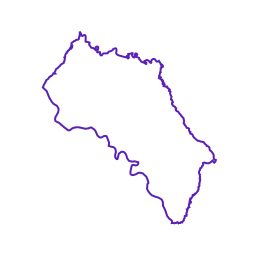 Belalcázar, Caldas, Colombia (Mercator projection), rotated 108°
{"feature_id": "7082276B3626983095163", "entity_name": "Belalcázar", "entity_type": "district", "adm_level": 2, "iso_a3": "COL", "parent_name": "Colombia", "parent_adm1": "Caldas", "projection": "mercator", "projection_center": [-75.815, 4.994], "detail": "fine", "context": "isolated", "style": "outline", "palette": "violet", "viewbox_px": 256, "rotation_deg": 108, "n_neighbors": 0, "source": "geoboundaries", "source_scale": "gbopen_adm2", "svg_char_len": 5730}
<svg xmlns="http://www.w3.org/2000/svg" viewBox="0 0 256 256"><g transform="rotate(108 128 128)"><path d="M166.4,42.1L165.4,42.2L164.7,41.9L164.1,42.0L163.3,42.6L162.6,42.7L162.2,42.4L161.7,42.7L161.2,42.2L160.2,42.4L159.5,42.9L158.9,42.8L158.4,43.2L157.0,43.0L156.3,43.3L154.7,43.3L154.4,43.5L154.4,43.9L153.8,44.3L152.6,44.2L150.9,45.1L150.1,45.1L149.4,46.3L147.4,47.0L145.6,46.6L144.0,46.9L143.3,46.0L142.6,45.8L141.4,45.9L140.8,45.4L140.0,45.1L139.4,45.2L138.2,45.9L137.3,44.7L137.2,42.4L136.7,40.5L135.3,39.0L132.9,37.5L134.3,35.6L134.3,35.2L133.1,34.6L131.3,34.5L131.2,36.1L130.9,36.7L129.4,37.5L127.4,38.0L126.3,39.0L124.6,41.3L124.2,42.0L124.1,42.8L123.5,43.6L121.8,44.3L121.1,45.1L120.7,45.9L120.8,47.6L119.9,48.2L119.6,49.4L119.0,50.2L119.0,50.6L118.2,51.4L118.0,51.9L118.4,54.5L118.3,56.9L118.6,57.4L118.4,58.4L116.5,62.6L115.7,63.6L114.1,64.9L114.1,67.0L113.3,67.6L112.6,67.4L112.4,68.5L112.0,68.6L111.2,69.3L109.8,69.7L109.5,70.6L109.7,72.2L108.5,73.3L107.6,75.0L106.8,75.4L106.6,76.1L106.3,76.5L104.2,76.7L101.3,78.4L100.9,79.6L100.2,80.4L99.9,81.4L99.0,82.1L98.5,83.4L97.2,84.9L96.9,85.6L96.9,87.0L96.6,87.5L95.5,88.4L94.8,88.1L94.4,88.2L94.2,89.0L93.4,89.6L93.0,91.8L91.7,93.5L90.3,93.9L90.0,93.8L89.7,93.3L87.9,94.6L87.8,95.7L87.4,96.0L84.7,96.3L83.5,97.7L82.0,98.7L81.3,98.8L80.6,98.7L80.0,100.6L79.7,100.6L79.1,99.9L78.7,100.0L78.0,101.4L77.8,102.5L77.1,103.1L77.2,103.5L76.5,103.9L77.0,104.7L77.1,107.1L76.3,107.1L75.6,106.6L75.2,106.6L74.8,107.2L75.7,108.0L75.6,108.4L74.8,109.0L73.7,108.5L73.6,109.0L73.1,109.1L73.0,109.8L72.4,110.0L72.1,109.6L71.5,110.3L71.9,111.1L71.4,112.3L69.7,112.3L69.7,112.7L70.8,113.1L71.1,113.7L71.0,114.0L69.7,113.5L69.3,113.7L69.4,114.3L68.5,114.6L67.6,114.3L65.6,114.6L64.8,114.1L64.3,114.7L62.4,114.9L61.1,115.4L60.7,115.0L60.0,115.1L60.0,114.6L59.2,113.9L58.7,114.2L58.3,113.9L57.7,114.4L57.3,115.4L58.0,115.5L57.8,116.2L56.3,117.3L54.6,119.4L55.6,120.1L55.9,121.1L55.7,121.8L54.4,123.4L54.4,124.9L54.6,125.4L55.9,126.5L57.1,126.6L58.6,126.1L59.0,126.3L58.9,127.2L57.9,128.7L57.4,130.4L57.7,131.5L58.9,132.4L59.4,133.1L60.0,133.2L60.3,132.9L60.3,131.0L60.5,130.6L61.4,130.5L61.5,131.1L61.0,132.6L60.8,135.9L59.6,137.4L59.3,138.4L58.4,138.7L57.9,139.3L57.8,142.0L57.7,142.3L56.8,142.5L55.9,142.0L55.1,142.0L54.7,142.5L54.7,143.7L54.8,144.0L56.1,144.1L58.5,143.5L59.1,144.0L58.9,145.1L57.8,146.5L57.0,146.7L56.1,146.5L55.5,146.7L55.5,147.3L56.6,148.6L57.5,150.7L58.0,150.6L58.5,149.8L60.9,149.0L61.5,149.1L61.8,149.5L61.4,150.5L59.8,151.1L60.0,151.4L61.0,151.7L61.5,152.1L61.8,159.4L61.5,161.1L61.0,161.9L60.3,162.5L58.1,162.8L56.7,163.4L56.1,163.9L56.1,164.7L57.4,166.4L58.4,166.6L59.6,167.5L61.6,170.1L62.8,170.3L63.3,170.6L64.7,174.4L65.6,175.1L66.7,175.2L67.1,175.5L67.3,176.3L66.5,177.4L64.9,177.8L64.5,178.3L65.4,180.0L65.3,180.8L61.1,181.0L60.1,181.5L60.0,182.3L60.4,183.1L61.1,183.7L61.9,183.5L63.1,182.6L63.9,182.8L62.7,185.6L63.0,187.7L60.8,190.6L60.4,190.9L58.9,190.8L58.7,190.9L58.6,192.8L59.0,194.4L58.9,195.0L58.5,195.3L57.4,195.4L56.0,196.0L54.0,196.5L53.2,197.1L53.0,197.5L53.1,198.4L54.5,199.7L54.6,200.1L54.4,200.7L53.0,201.7L51.2,203.7L54.2,202.6L55.1,202.7L55.8,202.3L56.6,202.6L58.7,202.3L59.5,202.8L60.1,204.5L61.2,205.0L62.0,206.1L64.5,207.9L65.6,207.8L66.8,206.5L67.0,206.6L67.1,207.3L67.5,207.4L67.9,206.2L68.3,206.1L69.0,207.1L69.4,206.3L69.9,206.4L70.3,206.8L70.7,207.9L71.9,208.0L73.1,209.1L74.1,209.0L74.9,209.7L75.6,209.4L76.2,209.9L77.4,210.2L78.1,210.2L79.4,209.8L80.4,210.4L80.9,209.6L81.4,209.7L81.8,209.4L82.6,209.4L84.0,209.1L84.9,209.4L85.9,209.2L87.9,211.0L89.0,211.7L90.2,212.0L91.4,212.9L92.3,213.1L94.4,214.7L96.4,214.7L97.6,215.0L98.3,214.7L98.5,215.0L98.8,214.2L98.9,214.4L98.7,214.8L99.2,215.0L99.5,215.9L101.4,216.5L102.5,217.3L102.6,217.7L103.3,217.9L104.1,218.7L105.8,219.0L107.6,220.4L109.3,220.7L110.2,220.6L112.3,221.3L115.8,221.5L118.0,216.8L123.5,212.2L126.9,208.2L128.0,206.3L128.9,202.4L130.8,200.2L133.0,199.5L134.7,199.3L140.4,200.4L142.7,199.9L143.7,199.2L144.1,197.8L144.4,195.2L147.1,188.8L148.7,184.0L148.4,183.2L147.8,182.4L145.5,180.8L144.7,179.9L143.2,177.2L142.5,174.8L141.9,168.4L140.8,165.9L139.2,163.9L138.9,162.8L139.7,160.1L140.3,158.9L140.9,158.0L144.6,154.7L145.7,152.1L145.4,150.7L145.1,150.2L143.2,148.5L142.7,147.5L142.4,146.5L142.6,145.6L147.9,141.4L151.0,140.8L151.0,138.1L150.7,135.9L151.3,134.3L152.5,133.1L154.8,132.0L156.9,132.0L159.5,131.3L160.5,130.3L161.0,129.3L161.0,128.8L160.7,128.4L155.3,128.8L152.8,127.0L152.2,125.7L152.2,124.3L153.2,122.4L154.8,120.9L156.9,119.6L158.8,117.2L158.9,116.8L158.8,114.1L157.6,111.2L157.4,107.7L158.2,107.3L159.3,107.3L160.2,107.6L160.7,108.1L161.3,109.3L161.4,111.5L162.2,112.6L162.8,112.8L168.1,112.3L169.8,111.9L170.8,111.4L171.2,110.8L171.5,109.5L171.1,108.3L169.6,106.3L167.3,104.1L166.7,102.2L166.6,100.0L168.6,95.6L172.0,92.7L174.0,91.6L175.6,92.2L177.4,91.6L179.6,91.3L181.5,89.7L183.5,86.9L184.6,84.6L184.9,81.6L184.8,77.8L185.0,76.4L185.4,74.7L186.0,73.4L187.6,72.0L191.2,70.6L194.3,67.5L199.0,64.0L199.6,63.5L201.4,60.9L202.3,58.2L202.8,57.5L203.9,56.9L204.8,56.9L204.3,55.6L204.3,54.4L203.7,53.9L203.6,53.0L202.3,52.0L202.3,51.5L202.9,51.1L203.1,50.5L202.5,50.0L202.1,48.7L200.9,48.3L200.9,47.2L200.0,47.1L198.6,46.4L197.4,46.8L196.2,46.3L194.2,46.8L193.5,46.2L193.6,45.4L193.5,45.2L192.2,45.4L191.2,46.2L189.5,45.9L188.7,46.2L187.9,46.1L187.1,46.9L186.5,46.1L185.3,46.2L184.5,45.2L183.8,46.0L181.9,46.2L181.6,46.5L181.0,45.9L180.3,45.9L179.8,45.3L179.0,45.1L178.3,45.9L178.9,46.3L179.0,46.7L177.9,46.6L177.6,46.9L177.1,46.8L176.9,46.9L176.4,46.5L175.7,46.9L175.3,46.0L174.8,46.0L173.0,45.4L171.8,45.8L171.0,44.8L171.3,44.5L170.4,43.8L169.7,44.0L169.1,43.2L167.8,42.6L166.7,42.4L166.4,42.1Z" fill="none" stroke="#5b21b6" stroke-width="2"/></g></svg>